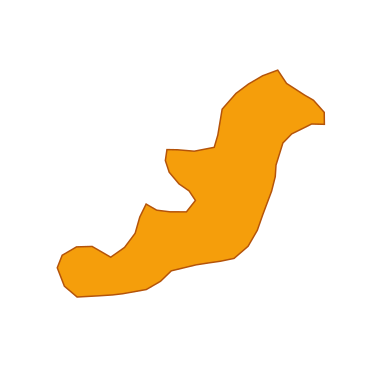 Aloda, Cyprus, rotated 30°
{"feature_id": "46923920B29030775604089", "entity_name": "Aloda", "entity_type": "district", "adm_level": 2, "iso_a3": "CYP", "parent_name": "Cyprus", "parent_adm1": "", "projection": "orthographic", "projection_center": [33.828, 35.211], "detail": "fine", "context": "isolated", "style": "filled", "palette": "amber", "viewbox_px": 384, "rotation_deg": 30, "n_neighbors": 0, "source": "geoboundaries", "source_scale": "gbopen_adm2", "svg_char_len": 806}
<svg xmlns="http://www.w3.org/2000/svg" viewBox="0 0 384 384"><g transform="rotate(30 192 192)"><path d="M272.8,67.2L266.7,56.9L251.3,51.8L241.1,51.8L219.6,50.7L205.3,43.6L195.1,55.9L186.9,70.3L180.8,84.6L176.7,105.2L185.9,129.8L188.9,142.2L173.6,155.5L158.3,162.7L149.1,167.8L153.2,178.1L162.4,186.3L176.7,191.5L188.9,192.5L199.2,197.6L197.1,212.0L182.8,220.2L170.5,225.4L158.3,225.4L159.3,239.8L163.4,256.2L161.3,273.7L154.2,289.1L132.7,289.1L119.4,297.3L111.2,311.7L113.2,325.0L128.6,337.4L145.0,340.4L162.3,329.1L174.6,320.9L182.8,314.8L201.2,299.3L209.4,285.0L213.5,270.6L231.9,253.1L242.1,244.9L251.3,237.7L261.6,228.5L267.7,211.0L267.7,192.5L264.6,176.1L260.5,151.4L256.4,137.0L251.3,126.7L246.2,104.1L249.3,91.8L261.6,73.3L272.8,67.2Z" fill="#f59e0b" stroke="#b45309" stroke-width="1.5"/></g></svg>